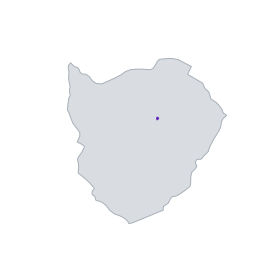 Chegutu Urban, Mashonaland West, Zimbabwe (highlighted), rotated 28°
{"feature_id": "62879985B25835202040787", "entity_name": "Chegutu Urban", "entity_type": "district", "adm_level": 2, "iso_a3": "ZWE", "parent_name": "Zimbabwe", "parent_adm1": "Mashonaland West", "projection": "natural_earth1", "projection_center": [30.15, -18.125], "detail": "fine", "context": "in_parent", "style": "filled", "palette": "violet", "viewbox_px": 256, "rotation_deg": 28, "n_neighbors": 0, "source": "geoboundaries", "source_scale": "gbopen_adm2", "svg_char_len": 2396}
<svg xmlns="http://www.w3.org/2000/svg" viewBox="0 0 256 256"><g transform="rotate(28 128 128)"><path d="M173.7,212.0L171.8,210.6L169.2,209.7L165.9,209.3L161.6,209.4L156.4,210.2L150.8,209.3L144.7,206.6L139.7,205.7L133.8,206.8L133.5,206.8L132.5,205.9L130.8,204.0L128.1,203.7L127.4,203.2L126.8,202.5L126.4,201.5L126.2,200.5L126.6,197.3L126.4,197.0L125.7,196.6L124.2,196.2L120.6,194.7L116.1,193.3L108.7,191.8L105.9,191.4L105.2,190.9L104.4,189.7L103.0,186.1L101.6,183.6L98.5,179.9L97.9,178.7L98.1,175.8L98.3,173.4L98.6,171.3L98.5,169.4L98.4,167.0L98.5,165.5L98.1,164.8L96.9,164.3L93.7,164.1L89.7,164.2L89.6,161.7L89.2,158.0L88.4,155.9L87.5,154.8L85.7,153.6L82.0,152.0L77.0,149.6L72.7,146.0L67.8,141.5L66.2,140.8L64.4,136.6L61.6,129.4L61.8,127.0L61.3,125.9L58.6,122.3L58.0,120.5L57.5,118.7L53.2,113.5L51.8,111.3L50.6,108.4L49.5,106.1L48.6,105.1L47.4,103.5L46.5,101.8L46.1,100.4L46.4,98.6L46.8,97.4L50.9,98.7L53.1,98.8L54.8,98.2L57.0,99.0L59.6,101.3L62.4,101.8L65.4,100.3L69.5,100.8L74.6,103.1L78.9,103.6L84.0,101.5L88.5,95.8L92.7,90.4L96.9,84.2L99.4,79.2L103.1,75.1L108.0,72.0L112.9,69.3L120.6,66.0L122.1,63.4L122.6,60.4L122.6,56.4L123.0,53.7L123.8,52.5L125.0,51.6L126.7,50.4L131.7,47.3L135.9,45.3L141.0,44.0L146.6,44.0L152.0,44.0L155.1,44.0L155.2,47.9L155.4,52.3L156.0,52.7L160.1,52.8L166.6,53.1L172.9,53.4L176.9,56.6L178.2,57.3L182.4,58.2L187.7,63.5L194.1,64.0L198.5,65.6L202.4,67.5L204.6,69.7L206.1,70.2L208.0,70.3L209.0,70.5L208.8,72.1L207.5,74.8L207.6,78.6L209.4,83.9L209.6,88.5L209.0,96.7L209.0,104.6L209.2,107.4L209.5,109.3L209.9,110.3L209.8,111.5L208.7,114.8L207.8,118.3L207.8,119.7L207.5,120.6L206.8,121.5L204.0,123.1L203.5,124.1L203.5,125.9L203.9,127.4L204.9,128.0L206.2,128.8L206.7,130.0L206.7,131.2L206.3,133.4L205.1,137.0L206.2,141.3L207.5,144.0L209.2,147.2L209.9,149.1L209.9,150.5L209.6,151.9L207.0,157.7L205.1,161.2L202.8,165.1L199.8,167.5L199.0,168.7L198.7,170.0L198.8,172.9L198.7,175.9L196.1,180.5L197.7,184.5L197.3,184.9L196.4,185.5L192.7,190.0L189.0,194.5L186.2,197.8L183.1,201.6L179.6,205.8L176.6,209.5L173.7,212.0Z" fill="#d9dde1" stroke="#a8b0b8" stroke-width="1"/><path d="M149.8,104.5L149.7,104.7L149.3,104.7L148.8,105.2L149.1,105.6L149.2,105.8L149.1,106.0L149.3,106.3L149.7,106.8L150.0,106.5L150.1,106.2L150.2,105.9L150.2,105.7L150.2,105.4L150.2,105.2L149.9,105.2L149.7,105.1L149.9,104.9L149.8,104.7L149.8,104.5Z" fill="#8b5cf6" stroke="#5b21b6" stroke-width="1.5"/></g></svg>